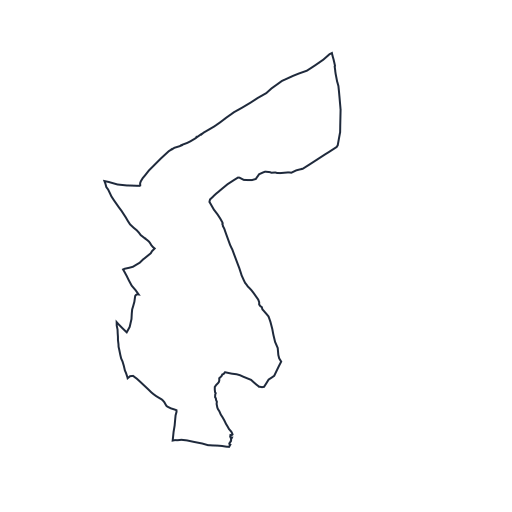 the district of Handeni Mji, Tanga, United Republic of Tanzania, rotated 147°
{"feature_id": "72390352B73978463558570", "entity_name": "Handeni Mji", "entity_type": "district", "adm_level": 2, "iso_a3": "TZA", "parent_name": "United Republic of Tanzania", "parent_adm1": "Tanga", "projection": "orthographic", "projection_center": [37.976, -5.441], "detail": "fine", "context": "isolated", "style": "outline", "palette": "slate", "viewbox_px": 512, "rotation_deg": 147, "n_neighbors": 0, "source": "geoboundaries", "source_scale": "gbopen_adm2", "svg_char_len": 5340}
<svg xmlns="http://www.w3.org/2000/svg" viewBox="0 0 512 512"><g transform="rotate(147 256 256)"><path d="M292.4,153.7L292.3,157.5L291.2,160.8L287.9,167.0L287.0,172.2L286.8,173.5L284.5,180.0L284.0,181.3L282.1,185.9L279.8,192.8L278.8,196.8L278.7,197.5L278.4,198.4L278.5,199.2L278.9,202.6L279.0,203.1L279.2,204.6L279.4,206.1L279.7,207.7L279.2,209.3L279.0,209.8L279.0,210.0L279.5,211.2L279.7,211.7L279.7,213.1L279.8,213.5L279.5,214.0L279.3,214.3L278.5,215.5L277.9,218.1L277.9,219.1L278.0,221.4L278.1,224.1L278.1,224.4L278.2,226.5L278.5,230.0L279.0,232.8L279.5,235.0L279.5,236.2L279.5,236.3L279.7,239.0L279.8,239.2L279.4,242.5L278.6,247.7L278.2,249.0L276.6,255.0L275.9,258.3L273.5,269.2L272.3,274.5L272.2,275.7L272.0,277.2L271.9,277.9L271.7,279.4L270.1,286.3L269.2,290.2L268.6,292.7L268.3,294.0L267.9,295.4L267.7,296.6L267.6,297.2L267.5,299.1L267.1,299.7L266.9,300.8L266.8,301.2L266.2,301.5L266.0,302.0L265.9,302.4L265.6,306.8L265.6,310.1L265.6,311.9L265.9,315.6L266.0,317.2L266.1,317.5L265.8,322.8L265.8,323.0L265.7,323.8L265.7,324.1L265.7,324.5L265.7,324.8L265.6,325.9L265.6,326.7L265.5,326.8L264.7,327.6L263.7,328.5L263.0,328.6L259.5,329.2L258.9,329.4L256.0,329.9L255.4,330.0L254.5,330.1L252.4,330.3L250.4,330.6L249.3,330.7L247.8,330.9L244.3,331.3L240.7,331.7L233.1,331.7L228.4,331.6L227.8,331.2L227.3,330.8L227.2,330.7L224.8,326.5L221.3,324.0L218.1,321.9L214.2,320.7L212.6,321.4L210.5,322.2L208.9,322.9L207.7,322.7L204.4,322.2L202.6,321.8L202.2,321.6L198.7,318.8L197.7,317.4L196.6,316.8L194.3,315.5L193.4,314.5L193.2,314.2L192.6,313.8L192.5,313.7L190.1,312.1L183.5,308.6L183.4,308.5L182.5,307.9L181.9,307.4L181.0,306.6L177.9,306.2L175.6,305.9L172.3,304.8L171.0,304.3L170.8,304.3L170.8,304.2L169.4,303.7L159.2,303.6L157.5,303.6L150.0,303.6L146.2,303.6L143.1,303.6L142.3,303.6L138.7,303.5L134.5,303.5L133.7,303.5L129.6,303.5L129.0,303.5L127.5,304.2L127.2,304.3L122.6,309.2L119.0,313.0L118.1,313.9L116.2,316.7L114.4,319.4L105.2,332.9L104.9,333.6L104.7,333.9L103.0,337.1L99.7,343.3L98.7,345.2L96.8,348.8L94.3,353.7L93.2,357.2L93.0,358.0L90.0,365.4L88.8,368.0L88.7,368.1L86.8,372.1L86.2,372.4L84.8,376.1L84.3,377.6L84.2,377.7L84.1,378.0L83.6,379.6L83.5,379.8L83.4,380.3L82.2,383.9L81.8,384.9L84.4,385.2L92.6,384.0L102.7,383.7L112.4,383.7L120.7,385.7L126.8,386.9L138.8,388.7L151.7,388.1L158.6,387.0L168.4,387.6L177.6,387.6L187.4,388.0L196.0,388.6L205.6,388.2L213.6,387.6L220.6,387.4L232.6,388.0L235.6,387.7L235.6,388.0L241.4,387.8L241.5,387.8L241.5,388.0L242.0,387.7L243.7,387.7L245.7,387.8L248.5,387.9L252.1,388.3L256.5,389.3L258.1,389.6L258.1,389.3L260.3,389.7L265.5,391.2L268.4,391.2L268.4,391.5L268.5,391.5L268.5,391.4L272.1,391.4L282.7,389.6L299.1,386.1L305.3,384.0L308.6,383.0L311.9,381.4L313.5,380.2L314.7,378.2L315.5,378.3L317.3,379.5L322.8,383.4L325.9,385.5L333.2,391.4L338.6,397.6L339.0,398.1L342.3,401.4L342.9,398.7L344.0,395.3L343.8,392.3L344.3,388.4L344.8,384.8L344.8,380.1L344.5,371.6L344.2,367.1L344.2,365.9L344.2,359.1L344.4,355.3L344.4,351.1L343.2,346.2L342.0,342.5L341.7,340.6L341.5,339.6L341.3,336.2L340.7,334.6L339.4,330.7L339.2,330.7L339.2,330.3L338.5,328.4L337.9,326.3L337.8,324.2L337.9,322.2L337.6,319.8L336.9,317.5L340.6,316.7L342.8,315.6L343.7,315.5L347.6,315.1L351.3,314.7L352.2,314.7L357.2,313.7L361.9,313.9L362.2,313.9L365.1,314.0L368.8,315.2L373.0,316.8L374.8,317.1L375.0,313.6L375.2,311.3L375.3,309.8L375.9,304.9L376.4,298.8L375.6,292.9L375.4,287.7L376.3,288.5L377.9,288.7L378.9,288.4L379.7,287.6L383.0,283.8L386.5,280.7L388.9,278.7L389.0,278.6L391.6,275.3L392.1,274.6L394.8,270.9L397.8,268.0L398.2,267.6L400.6,265.3L403.0,264.0L406.0,262.4L406.2,263.2L407.4,268.4L408.5,273.8L408.9,276.4L410.7,273.5L412.2,269.7L414.1,266.5L415.7,263.6L416.9,261.7L417.5,260.8L419.4,256.9L420.7,254.7L421.8,251.7L423.7,246.9L424.9,243.5L425.4,240.2L426.7,235.8L428.3,231.4L428.7,228.9L429.0,227.7L430.0,223.9L430.2,223.4L427.5,223.7L427.1,223.8L426.7,223.6L424.4,222.4L423.8,220.8L423.8,220.7L422.8,218.1L421.6,213.5L420.6,209.4L419.9,206.6L419.0,202.9L418.5,200.7L418.1,198.8L417.3,196.2L416.1,193.0L414.8,190.3L413.2,187.1L412.8,185.6L412.5,183.3L412.7,180.6L412.7,178.8L412.1,177.5L410.3,174.5L407.9,171.6L407.1,170.5L406.7,170.0L407.2,169.1L407.5,168.6L410.2,166.2L413.3,162.3L416.6,158.1L420.9,153.4L423.8,149.8L426.4,146.6L424.2,145.7L422.1,144.2L418.7,142.5L414.4,139.0L409.2,133.8L403.2,128.0L399.3,123.5L396.8,121.7L396.2,121.2L391.5,117.9L388.0,115.2L384.8,112.3L384.0,111.7L382.5,110.6L382.0,110.9L381.4,111.2L380.4,111.7L380.8,112.3L380.4,113.4L379.0,113.8L378.4,114.4L377.8,114.4L377.3,114.9L376.7,116.0L375.9,116.3L375.1,116.8L376.2,117.5L376.0,118.6L374.9,119.8L374.1,119.0L372.9,119.1L372.6,120.2L372.4,122.0L372.9,125.6L372.7,128.3L372.6,131.6L372.1,135.5L371.9,139.0L371.9,142.2L371.3,145.8L371.3,148.3L371.0,149.9L369.6,153.4L368.2,155.1L367.9,157.0L367.2,158.5L367.2,159.9L365.6,162.1L364.5,162.9L364.5,164.1L363.4,166.3L361.9,168.6L359.7,169.5L357.0,170.1L355.7,170.6L354.5,171.7L353.4,173.5L351.6,173.8L350.2,174.1L348.8,175.0L347.4,174.7L345.3,175.4L344.1,174.2L343.7,173.8L341.3,171.4L340.5,170.6L336.7,167.4L334.4,164.8L332.3,161.5L330.6,159.1L330.0,158.2L327.6,154.8L326.8,151.7L325.7,147.9L324.7,145.1L324.8,145.0L324.8,144.9L323.3,143.6L322.4,142.7L320.5,141.9L316.7,143.6L312.7,145.5L309.3,145.5L306.0,145.6L297.1,151.0L295.2,152.1L292.4,153.7Z" fill="none" stroke="#1e293b" stroke-width="2"/></g></svg>